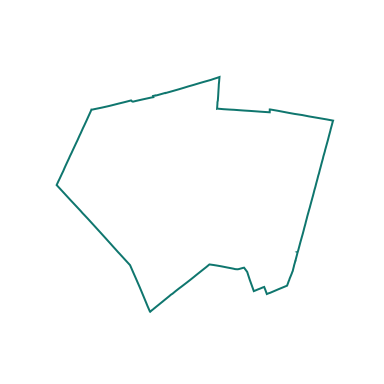 Sandra, Timis, Romania (Albers equal-area conic projection), rotated 206°
{"feature_id": "2599482B18358712742029", "entity_name": "Sandra", "entity_type": "district", "adm_level": 2, "iso_a3": "ROU", "parent_name": "Romania", "parent_adm1": "Timis", "projection": "albers", "projection_center": [20.888, 45.925], "detail": "fine", "context": "isolated", "style": "outline", "palette": "teal", "viewbox_px": 384, "rotation_deg": 206, "n_neighbors": 0, "source": "geoboundaries", "source_scale": "gbopen_adm2", "svg_char_len": 2896}
<svg xmlns="http://www.w3.org/2000/svg" viewBox="0 0 384 384"><g transform="rotate(206 192 192)"><path d="M158.1,300.4L158.3,300.3L157.1,297.7L162.5,295.5L166.2,294.0L171.2,292.0L175.2,290.4L181.0,288.0L186.5,285.8L190.3,284.3L194.5,282.5L200.1,280.2L205.9,278.0L206.0,277.9L207.9,282.6L208.5,283.9L208.9,285.6L210.8,290.3L212.4,294.1L214.5,299.2L215.0,300.3L216.1,303.3L217.7,307.4L219.7,305.4L222.0,303.2L224.2,301.0L229.5,296.3L232.7,293.4L237.9,288.6L241.6,285.3L245.0,282.1L248.8,278.6L254.7,273.3L259.3,269.2L259.5,269.3L265.3,264.1L266.5,263.1L267.0,262.7L267.2,262.8L269.1,261.2L268.3,260.3L270.1,259.0L273.0,256.7L277.3,253.3L281.9,249.6L284.2,247.7L284.7,247.3L285.4,247.2L286.1,247.3L286.5,247.5L286.9,247.6L287.7,246.9L291.9,243.3L297.2,238.9L301.8,235.0L304.3,232.9L309.8,228.5L315.9,223.8L318.3,221.9L318.5,221.9L318.4,220.5L318.2,212.9L318.1,209.8L318.0,204.2L318.0,201.8L317.8,196.0L317.8,193.7L317.6,187.8L317.6,185.4L317.5,179.2L317.5,178.2L317.4,174.4L317.4,170.4L317.3,168.4L317.2,162.0L317.1,158.1L316.9,154.4L316.9,151.5L316.8,146.0L316.8,142.9L316.7,138.9L297.5,131.4L283.6,126.1L281.3,125.1L274.6,122.6L253.7,114.3L240.8,109.1L239.6,108.6L231.2,105.2L230.8,105.1L222.5,101.8L215.6,99.1L209.5,93.9L204.4,89.6L200.9,86.6L197.6,83.8L192.7,79.5L187.6,75.0L184.0,71.8L182.1,70.1L177.4,66.1L177.1,66.0L176.4,67.7L173.9,73.1L172.4,76.3L169.8,81.9L166.7,88.6L166.0,90.3L165.7,90.8L164.9,92.1L163.3,95.7L161.1,100.2L160.2,101.9L156.9,108.5L154.9,112.6L153.0,116.6L151.9,119.0L148.9,125.3L147.8,127.6L146.3,130.7L144.7,134.3L144.6,134.5L144.4,134.6L144.1,134.7L140.7,135.8L137.4,136.8L133.6,137.9L131.4,138.5L127.2,139.6L123.2,140.7L120.9,141.3L119.8,141.5L118.9,141.8L118.4,142.0L117.2,142.5L116.6,142.9L116.3,143.1L113.6,145.5L112.7,146.3L112.0,146.8L110.3,145.9L107.4,144.4L106.9,143.9L104.9,141.8L101.4,138.2L98.1,135.0L94.2,131.2L93.0,130.0L92.0,131.1L89.9,133.5L88.4,135.1L86.6,137.2L85.5,138.3L82.9,135.9L80.0,133.1L78.6,134.7L77.8,135.4L71.5,142.7L66.8,148.0L65.5,149.5L65.8,152.6L66.0,154.1L66.0,155.1L66.1,155.9L66.3,157.2L66.3,157.5L66.4,159.3L66.6,162.3L66.8,164.2L66.8,165.0L67.0,165.9L67.3,167.3L67.8,169.7L68.1,170.9L68.6,173.8L69.0,175.4L68.8,175.7L69.0,175.9L69.2,177.0L70.2,182.0L70.5,183.3L70.6,183.9L70.9,184.2L71.1,184.2L70.7,184.6L71.0,186.4L71.6,189.5L72.6,194.5L72.9,196.2L73.6,200.0L74.0,202.3L74.8,206.4L75.3,208.7L76.1,213.0L76.6,215.2L77.2,218.3L77.7,220.6L77.9,221.7L78.6,225.5L78.9,227.1L79.3,229.5L79.9,232.5L80.5,235.6L81.2,239.3L81.6,241.5L82.1,244.0L82.8,247.3L83.4,250.8L84.0,253.6L85.0,258.8L85.7,262.1L86.0,264.2L86.9,268.4L87.1,269.6L88.3,275.6L89.0,279.4L89.5,281.5L90.4,286.7L90.7,287.9L91.7,293.3L92.7,298.7L93.5,302.5L94.5,307.7L94.8,308.9L95.8,314.2L96.4,317.2L96.5,318.0L102.7,316.3L109.2,314.4L113.3,313.2L120.1,311.2L126.6,309.5L134.2,307.1L139.5,305.6L150.2,302.7L158.1,300.4Z" fill="none" stroke="#0f766e" stroke-width="2"/></g></svg>